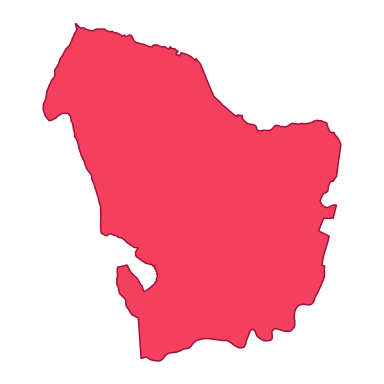 outline of Haghig, Covasna, Romania, rotated 270°
{"feature_id": "2599482B24219232325482", "entity_name": "Haghig", "entity_type": "district", "adm_level": 2, "iso_a3": "ROU", "parent_name": "Romania", "parent_adm1": "Covasna", "projection": "equal_earth", "projection_center": [25.634, 45.863], "detail": "fine", "context": "isolated", "style": "filled", "palette": "rose", "viewbox_px": 384, "rotation_deg": 270, "n_neighbors": 0, "source": "geoboundaries", "source_scale": "gbopen_adm2", "svg_char_len": 5955}
<svg xmlns="http://www.w3.org/2000/svg" viewBox="0 0 384 384"><g transform="rotate(270 192 192)"><path d="M361.0,75.5L359.5,75.6L355.3,76.7L353.7,76.5L350.3,74.5L346.5,73.0L345.4,72.2L343.9,71.9L339.7,70.0L337.9,69.0L337.8,68.6L337.6,68.6L336.5,67.4L334.6,65.8L332.1,64.3L328.4,62.4L324.8,59.9L324.1,59.6L322.8,59.5L322.0,59.1L320.2,58.7L317.0,56.7L314.6,55.0L313.5,54.7L309.8,55.0L307.3,54.4L306.0,53.6L304.0,51.7L303.3,51.3L300.4,50.3L298.6,49.1L296.4,48.4L292.6,46.8L285.2,45.8L279.6,43.4L276.6,43.2L274.8,43.2L272.3,43.8L270.2,44.7L268.1,45.2L263.4,49.0L263.6,49.4L263.5,50.4L263.9,51.8L265.1,54.2L266.0,55.9L268.0,58.0L270.4,61.9L270.7,62.8L270.6,68.1L267.4,70.6L263.2,71.1L260.3,72.7L255.3,73.4L250.6,74.7L247.5,74.7L245.1,76.2L243.0,77.1L240.7,77.9L235.5,79.1L228.2,81.4L223.1,84.0L218.1,85.5L217.0,86.1L215.0,86.8L210.1,90.6L208.5,91.5L204.2,92.0L200.2,94.0L196.4,95.0L186.7,98.1L180.7,99.4L177.7,100.6L168.7,100.8L159.9,100.6L153.0,100.9L151.3,101.1L150.9,101.3L149.0,104.4L148.2,106.7L150.1,109.3L150.3,110.1L150.3,110.7L149.1,113.3L148.0,116.9L146.6,118.4L146.4,119.5L146.3,121.4L144.1,124.3L141.3,127.2L136.6,134.2L136.4,134.8L136.4,137.1L136.1,138.0L133.2,136.2L131.6,135.5L128.7,135.7L128.0,135.9L127.0,136.7L126.5,137.8L124.1,140.6L120.6,146.1L120.4,147.7L119.4,150.6L119.4,151.0L119.7,151.3L119.8,151.6L118.3,152.6L118.0,152.9L117.8,153.4L117.8,154.0L118.3,154.7L116.3,154.4L113.9,156.0L112.7,156.2L112.0,157.3L109.9,156.7L109.2,157.1L107.7,157.4L104.7,156.3L103.6,156.6L103.1,156.5L101.7,155.2L99.8,154.3L98.1,152.1L96.0,149.9L92.4,144.5L92.8,143.9L93.9,143.1L95.7,142.9L97.8,142.1L98.5,141.8L98.9,141.3L99.1,140.8L102.4,139.1L105.7,137.2L106.7,136.2L109.1,133.3L111.5,131.1L115.1,128.9L118.2,127.5L119.0,126.9L118.2,124.7L116.9,117.7L114.7,117.2L112.3,117.2L109.0,117.6L106.2,117.0L100.0,116.7L97.1,118.2L90.9,119.4L90.0,119.9L86.0,124.1L84.1,125.7L80.7,125.8L77.6,126.4L74.8,128.4L70.0,131.3L68.9,132.5L66.1,137.9L66.1,138.3L25.8,141.1L25.9,142.3L26.3,143.7L26.8,144.7L27.0,145.5L26.9,146.4L25.8,148.4L24.4,150.3L23.8,152.2L23.5,153.6L23.1,157.0L23.0,158.5L23.2,160.0L23.9,161.2L25.3,163.0L28.3,165.3L29.7,166.8L30.4,168.2L31.1,170.3L31.6,174.6L32.1,177.3L33.1,180.1L34.6,182.8L35.2,184.7L35.6,188.4L36.7,190.0L41.9,194.3L43.3,196.1L44.2,198.4L45.4,203.7L45.4,208.6L43.4,223.3L43.4,224.4L43.6,226.0L43.3,227.2L42.7,228.7L41.3,230.9L38.7,234.3L37.3,236.5L36.5,238.4L36.0,240.2L36.7,243.8L39.9,245.8L42.5,246.2L44.9,247.0L53.2,250.3L54.5,251.8L54.7,252.9L52.9,254.9L48.3,256.8L47.0,258.0L45.7,259.8L43.6,263.2L43.3,264.8L43.1,266.2L43.7,270.3L44.6,271.5L45.7,272.2L48.5,272.2L52.1,271.9L53.5,272.5L55.1,274.5L55.3,275.7L55.1,277.4L54.4,279.4L52.8,284.8L52.7,289.0L53.2,291.0L56.3,293.8L57.2,294.5L59.4,294.8L62.5,294.8L66.1,294.4L68.1,294.3L71.3,294.6L73.1,295.0L74.7,295.7L77.0,297.0L78.0,298.1L78.8,299.2L79.8,302.4L79.9,303.5L79.1,308.5L79.2,310.3L79.9,311.5L80.9,312.8L83.7,314.2L86.3,314.8L91.0,317.5L97.6,320.6L102.2,322.4L103.8,323.3L105.4,323.9L107.5,324.4L110.7,324.6L115.1,324.3L117.8,324.7L118.8,321.8L128.2,323.6L142.2,327.8L147.8,329.2L151.9,321.0L153.3,318.6L165.9,323.8L165.6,325.2L165.6,326.7L165.9,333.2L178.7,336.4L179.1,334.5L178.7,332.8L178.3,331.5L176.8,328.9L176.4,327.2L177.3,324.4L178.6,322.6L180.5,321.3L182.4,320.3L183.6,320.3L188.8,322.5L189.9,323.2L190.7,324.1L191.7,326.6L192.7,327.5L194.0,328.0L197.6,328.4L200.1,329.2L201.5,329.9L202.3,330.7L202.7,332.0L202.7,333.0L207.6,336.5L208.5,336.7L221.2,338.3L238.5,340.8L239.3,340.8L240.7,340.5L244.8,338.6L249.7,334.7L250.4,334.3L251.2,334.3L251.4,334.1L251.7,333.1L251.6,331.3L251.9,330.6L252.8,329.6L254.0,328.9L255.2,328.6L256.0,328.1L259.1,327.2L260.6,327.0L261.7,325.5L261.7,324.9L262.0,324.1L262.0,323.7L262.9,322.4L263.4,320.1L263.3,318.9L263.7,317.4L263.4,316.0L263.4,315.2L263.3,314.8L261.4,311.9L261.4,310.5L260.9,309.6L260.4,305.9L260.2,305.3L260.1,304.4L260.6,303.0L260.4,301.7L260.6,301.2L259.9,299.7L259.8,298.4L260.0,298.1L260.1,296.3L260.7,292.4L260.4,291.2L258.2,288.3L257.0,285.0L257.0,284.3L257.4,283.1L257.4,280.9L258.4,278.5L258.7,276.2L258.4,275.4L257.9,274.5L257.2,273.7L255.6,272.7L254.5,271.4L253.9,270.2L253.6,269.0L253.5,268.0L253.8,263.6L253.1,261.3L253.0,260.1L253.3,258.5L253.6,257.7L255.1,256.8L257.6,256.1L258.8,254.6L259.3,253.6L259.9,249.3L260.7,246.9L265.3,242.3L265.8,242.1L267.3,242.6L268.5,242.2L268.6,241.9L268.4,241.3L269.1,238.2L268.6,238.3L268.4,238.2L268.4,237.9L267.6,237.4L267.9,236.8L268.4,236.5L268.4,236.3L268.1,235.9L268.5,235.4L268.4,235.1L269.0,234.3L279.9,221.6L281.6,220.4L287.2,214.2L288.1,213.7L297.9,209.4L319.4,200.7L320.3,200.2L325.2,196.1L325.1,195.8L323.7,194.9L325.4,193.4L325.7,192.4L327.0,191.6L327.5,190.9L329.9,185.8L330.4,184.3L330.6,183.0L331.3,181.2L331.0,180.9L329.3,180.5L328.9,179.7L328.4,179.6L328.2,179.0L329.1,177.8L329.1,176.5L329.6,176.1L330.7,176.2L330.9,176.4L331.4,177.2L332.3,177.9L332.7,178.1L333.0,178.0L333.1,176.9L334.8,175.5L335.1,174.9L335.3,172.4L336.1,171.5L337.2,170.0L336.9,169.8L336.4,170.4L335.9,170.3L336.1,169.6L335.0,168.9L334.9,168.5L335.8,166.8L337.5,164.9L337.1,163.4L337.7,159.1L338.9,157.6L339.2,156.5L339.0,155.4L339.1,154.1L338.7,153.7L338.6,153.2L337.9,152.4L336.8,152.0L336.8,151.7L337.0,151.3L337.3,149.2L338.5,146.7L339.5,144.1L339.9,143.3L340.0,141.1L340.6,139.7L341.0,138.0L341.7,136.0L342.4,134.8L343.4,133.8L347.4,132.2L348.6,131.1L349.0,130.4L349.1,130.0L348.9,129.2L347.6,127.1L347.3,126.3L347.6,125.7L348.6,124.9L348.8,124.5L348.7,123.7L348.0,122.4L348.0,121.7L349.3,120.7L349.4,119.8L350.5,118.2L350.7,117.2L351.4,116.2L351.5,115.9L351.2,115.1L351.4,114.1L352.8,112.0L352.4,110.8L352.4,109.6L352.7,108.8L352.7,107.9L353.3,106.6L354.3,105.6L355.0,104.0L355.0,101.7L354.8,100.3L355.0,97.5L354.4,94.9L353.4,93.5L353.1,92.2L353.4,90.6L354.2,87.6L354.9,85.6L355.4,84.8L356.0,84.2L356.2,83.4L356.1,82.8L355.6,81.4L355.8,81.0L357.8,78.3L358.5,77.8L358.9,77.1L359.9,76.5L360.1,75.8L361.0,75.5Z" fill="#f43f5e" stroke="#9f1239" stroke-width="1.5"/></g></svg>